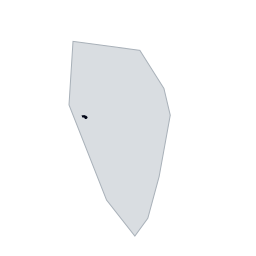 Coolie Town, Praslin, Saint Lucia (highlighted), rotated 156°
{"feature_id": "8701671B21751079889511", "entity_name": "Coolie Town", "entity_type": "district", "adm_level": 2, "iso_a3": "LCA", "parent_name": "Saint Lucia", "parent_adm1": "Praslin", "projection": "albers", "projection_center": [-60.913, 13.854], "detail": "fine", "context": "in_parent", "style": "filled", "palette": "ink", "viewbox_px": 256, "rotation_deg": 156, "n_neighbors": 0, "source": "geoboundaries", "source_scale": "gbopen_adm2", "svg_char_len": 874}
<svg xmlns="http://www.w3.org/2000/svg" viewBox="0 0 256 256"><g transform="rotate(156 128 128)"><path d="M172.5,173.1L143.0,229.5L85.6,194.1L79.1,149.5L84.2,122.5L119.3,71.0L146.6,37.5L165.7,26.5L176.9,70.9L172.5,173.1Z" fill="#d9dde1" stroke="#a8b0b8" stroke-width="1"/><path d="M161.4,154.5L161.4,154.8L161.5,154.9L161.5,155.0L161.6,155.3L161.7,155.5L161.8,155.5L161.9,155.8L162.0,155.9L162.3,156.0L162.9,156.8L163.3,157.0L163.7,157.0L163.9,157.1L164.1,157.2L164.3,157.3L164.6,157.4L164.6,157.2L164.7,156.9L164.4,156.8L164.4,156.7L164.2,156.7L163.9,156.4L163.9,156.5L163.7,156.6L163.7,156.4L163.7,156.2L163.4,156.2L163.3,155.9L163.2,155.8L163.2,155.7L163.1,155.4L163.0,155.2L163.0,154.9L163.0,154.7L162.9,154.5L162.9,154.4L162.9,154.2L162.2,154.0L161.9,154.0L161.7,154.2L161.7,154.3L161.6,154.5L161.4,154.5Z" fill="#0f172a" stroke="#020617" stroke-width="1.5"/></g></svg>